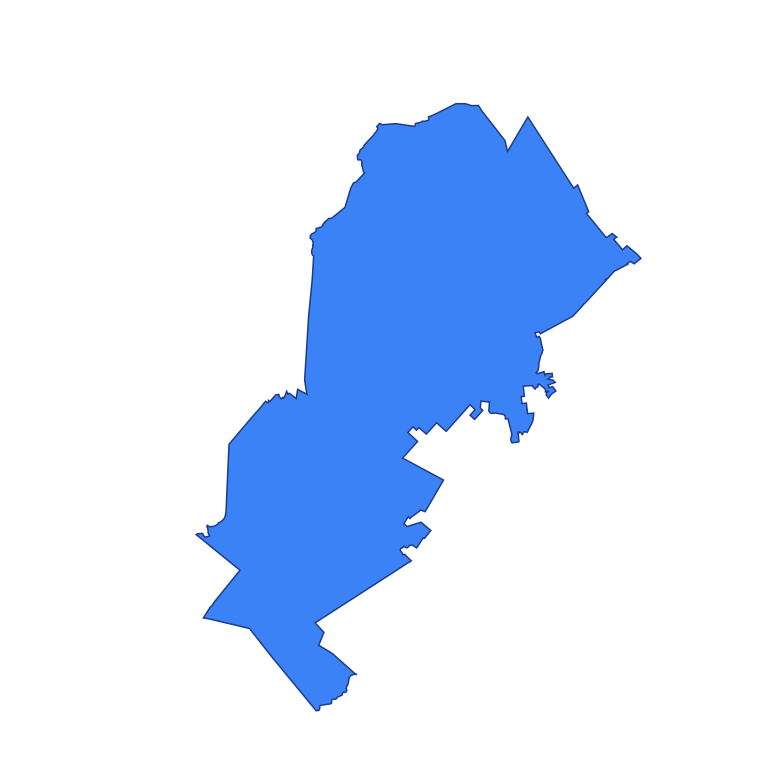 outline of Agualeguas, Nuevo León, Mexico, rotated 132°
{"feature_id": "50627088B6039535347696", "entity_name": "Agualeguas", "entity_type": "district", "adm_level": 2, "iso_a3": "MEX", "parent_name": "Mexico", "parent_adm1": "Nuevo León", "projection": "mercator", "projection_center": [-99.676, 26.298], "detail": "fine", "context": "isolated", "style": "filled", "palette": "blue", "viewbox_px": 768, "rotation_deg": 132, "n_neighbors": 0, "source": "geoboundaries", "source_scale": "gbopen_adm2", "svg_char_len": 6122}
<svg xmlns="http://www.w3.org/2000/svg" viewBox="0 0 768 768"><g transform="rotate(132 384 384)"><path d="M672.2,215.7L671.5,215.4L670.9,214.5L669.9,214.0L668.9,214.2L668.2,214.6L666.7,216.0L666.2,216.3L665.1,215.9L661.0,212.7L658.7,210.7L657.1,209.5L656.7,209.5L656.0,209.6L655.6,209.8L654.5,211.2L653.9,211.4L653.2,211.3L652.3,210.9L650.4,208.9L649.5,208.8L648.1,209.2L647.7,209.1L647.4,208.8L645.5,208.0L643.9,207.2L643.4,207.0L642.9,207.1L642.4,207.4L641.9,207.9L641.0,208.0L640.7,207.8L640.2,207.8L639.9,207.8L639.4,206.7L639.0,206.4L638.4,206.2L637.3,206.3L636.4,206.8L635.9,207.3L635.7,208.3L634.4,208.8L634.1,209.1L633.6,209.8L633.4,209.9L632.6,209.5L632.3,209.5L631.8,209.6L630.3,210.4L625.7,213.2L624.8,213.6L623.0,213.4L621.8,213.1L619.6,211.8L618.3,210.2L618.2,210.3L618.5,210.7L618.4,210.9L618.6,211.4L618.5,211.6L618.7,212.1L618.7,212.3L618.9,242.2L621.8,257.7L608.8,262.4L607.6,275.4L510.2,249.0L499.9,246.3L499.3,245.9L497.1,245.4L497.0,251.3L496.7,254.4L496.9,254.8L497.2,255.2L497.6,255.4L498.3,255.6L498.3,255.9L497.5,257.3L497.2,258.4L497.0,260.2L496.8,260.5L496.3,260.9L495.0,261.4L494.2,261.3L493.2,260.6L492.7,260.5L491.2,260.8L491.1,259.4L491.2,258.9L490.8,258.0L490.3,257.3L490.2,257.2L489.0,256.9L488.0,257.2L484.9,255.9L484.0,250.0L472.3,251.9L471.7,250.6L461.5,251.2L462.0,264.1L474.4,271.4L474.5,274.5L474.9,275.0L474.5,275.7L466.3,277.2L466.6,274.6L465.0,274.7L457.1,273.0L453.0,272.4L451.5,268.1L451.3,268.0L415.6,275.5L426.6,320.6L404.2,320.6L404.1,333.8L396.5,333.8L396.6,328.9L393.1,328.9L392.9,319.0L377.6,319.0L377.6,306.4L377.5,306.1L341.8,306.2L342.1,299.1L349.6,299.2L349.7,293.0L337.6,292.9L337.5,295.4L337.3,295.8L337.1,296.8L336.4,297.1L331.9,300.5L326.8,293.5L329.2,291.8L329.3,291.6L334.0,288.0L334.2,286.8L334.3,285.7L334.2,285.0L333.6,284.1L332.0,282.6L331.1,282.0L327.0,275.2L326.5,274.2L326.6,272.6L328.7,270.5L328.7,270.2L327.2,269.1L327.1,268.3L335.7,255.5L340.7,252.5L341.9,250.3L342.0,249.4L337.7,245.7L336.5,245.1L330.2,252.1L329.7,250.8L328.9,251.1L328.5,250.0L329.1,247.5L325.5,247.9L324.1,245.2L317.8,246.9L315.5,247.5L312.0,248.7L310.3,249.7L305.4,253.2L310.0,257.5L307.1,260.6L307.3,260.9L306.7,261.2L302.9,265.4L306.1,268.4L301.6,273.6L299.2,271.5L292.4,279.1L285.6,272.3L286.5,271.4L286.6,268.3L284.3,268.6L283.3,267.7L282.1,268.3L281.7,268.9L281.6,269.2L281.3,269.0L280.9,269.0L280.3,268.8L279.8,260.6L280.9,259.7L281.9,258.7L279.4,257.3L279.4,256.9L279.6,256.8L281.6,257.2L283.5,256.3L284.4,252.2L279.3,252.8L274.2,251.5L273.8,253.5L274.1,253.8L274.1,254.1L273.6,254.4L273.1,256.9L276.4,258.8L275.6,259.5L275.2,261.5L268.2,257.8L268.1,260.7L268.0,261.2L269.2,262.5L269.2,263.1L269.3,263.3L270.3,264.7L270.2,265.1L270.4,265.5L269.6,265.2L268.7,265.1L267.7,265.3L266.0,263.5L263.6,266.2L268.3,270.6L268.7,270.7L269.1,270.5L269.7,270.3L267.8,273.4L269.3,274.2L273.3,276.7L273.3,276.9L273.8,277.0L273.9,278.5L273.3,278.4L272.4,278.6L270.5,278.6L268.3,280.2L267.0,280.9L265.7,282.3L259.9,285.6L258.9,286.1L256.9,286.8L255.1,287.2L254.1,288.0L252.6,288.4L248.2,294.8L246.0,297.5L244.8,300.4L247.1,301.8L244.9,306.1L242.6,304.5L241.4,303.2L242.0,301.4L207.1,289.0L201.9,288.9L190.1,288.9L188.8,288.7L158.6,288.4L158.6,289.4L157.5,289.4L157.6,288.4L146.4,288.4L131.8,283.0L131.5,282.9L131.4,283.9L128.1,283.0L127.3,278.5L118.7,277.1L118.2,283.0L118.7,295.9L124.6,296.6L122.8,310.3L119.1,309.2L119.5,315.1L125.8,316.4L126.4,317.4L121.8,347.6L119.0,347.2L106.5,373.3L111.6,374.0L89.3,455.8L128.5,447.8L122.7,456.2L122.1,457.3L115.6,494.0L113.8,500.2L118.5,505.1L121.1,510.8L127.5,518.1L149.7,526.7L149.6,526.8L152.5,528.0L155.7,529.7L157.7,527.6L158.2,527.6L158.7,527.7L159.8,528.3L160.4,528.9L161.4,529.5L162.1,530.0L162.3,530.3L162.5,530.8L162.7,531.2L163.8,531.4L166.4,532.7L168.1,533.9L168.6,534.4L168.9,534.7L169.4,534.8L169.9,534.6L171.2,533.8L172.2,533.8L182.6,549.4L192.5,558.8L193.2,561.5L193.3,561.6L196.4,561.5L197.3,561.8L197.6,561.5L197.8,560.9L197.9,560.1L198.3,559.6L199.2,559.0L200.9,558.9L201.7,558.8L202.3,558.5L202.9,558.5L204.0,558.8L204.4,558.8L205.3,558.3L205.9,558.3L214.9,558.5L220.1,558.5L220.9,557.8L221.3,557.7L226.1,558.3L226.8,558.1L227.7,557.3L229.2,556.8L230.6,556.8L231.4,556.9L232.1,556.7L232.5,556.5L232.7,555.9L233.4,555.0L234.1,554.7L234.2,554.4L234.4,554.1L234.8,553.6L234.8,553.2L234.6,552.8L233.3,552.0L233.0,551.3L232.9,550.7L233.6,549.6L234.1,548.4L235.2,548.0L235.7,547.6L236.4,546.5L236.9,545.9L237.5,544.8L238.7,543.0L239.3,542.4L239.8,541.6L239.9,541.2L240.3,540.3L240.3,539.5L241.4,539.7L252.5,539.9L254.9,541.2L260.4,539.9L278.8,531.2L292.5,533.3L296.3,534.0L297.7,535.8L302.6,536.3L303.1,536.2L303.5,536.6L304.1,536.2L304.7,536.1L305.9,536.2L306.5,536.0L306.7,535.7L309.3,535.6L310.1,536.1L310.8,536.8L311.8,536.9L312.0,537.1L313.6,538.5L314.2,538.3L314.6,537.7L315.1,537.2L315.7,537.0L316.5,536.8L318.1,537.0L320.7,538.1L321.2,538.2L322.8,538.0L323.5,537.8L324.0,537.3L324.4,536.6L324.6,536.4L325.0,536.3L324.9,534.2L325.0,533.5L325.3,533.2L325.5,532.6L326.1,531.8L326.5,531.3L326.8,530.7L328.1,530.1L328.4,529.8L329.1,529.3L329.7,528.6L330.2,528.2L330.6,528.0L331.1,528.0L332.0,527.6L332.9,527.2L334.4,526.0L335.3,524.9L335.8,523.8L336.0,523.2L336.0,521.9L350.4,510.4L355.8,506.2L383.4,485.9L434.2,445.6L443.2,434.5L445.8,444.6L453.5,439.5L454.2,448.1L454.4,448.3L455.8,448.6L454.6,451.4L460.7,449.1L461.3,450.2L461.6,450.2L461.8,449.5L462.6,449.7L463.1,450.4L463.7,450.7L463.9,450.9L463.8,451.1L463.5,451.6L463.6,452.4L463.6,453.3L462.7,454.2L462.3,455.0L462.3,455.4L464.3,457.0L465.1,457.2L473.4,457.1L473.5,458.9L475.1,457.6L476.0,458.7L476.1,460.4L478.8,460.4L483.8,460.0L490.1,460.0L490.5,460.1L490.8,460.0L494.7,460.0L532.4,458.9L584.2,416.3L585.9,415.1L589.2,413.2L589.9,413.0L591.8,412.7L594.2,412.9L596.0,413.2L598.0,414.1L598.5,413.9L599.0,413.8L600.6,414.1L602.6,414.6L606.1,417.3L606.9,418.4L607.2,420.6L607.4,420.7L607.8,420.8L608.6,419.9L609.3,418.3L610.0,417.4L612.4,415.0L613.6,411.9L617.8,414.7L616.5,419.0L620.1,422.4L621.6,422.8L618.8,366.4L659.2,364.3L663.8,363.5L665.7,363.9L678.7,361.7L675.9,357.3L655.7,320.4L662.1,283.4L672.2,215.7Z" fill="#3b82f6" stroke="#1e3a8a" stroke-width="1.5"/></g></svg>